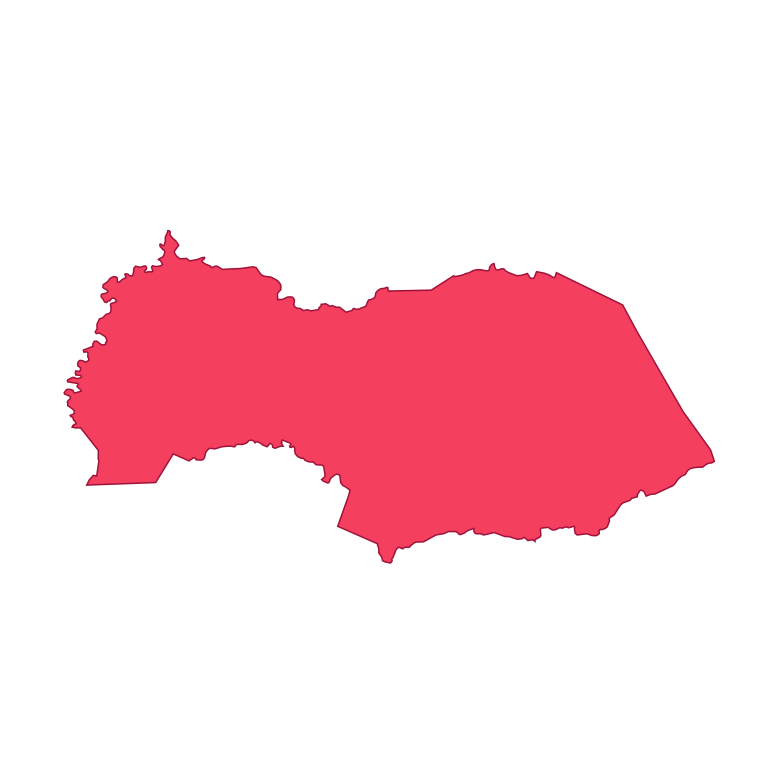 Candelaria Loxicha, Oaxaca, Mexico (Robinson projection), rotated 263°
{"feature_id": "50627088B4271549449183", "entity_name": "Candelaria Loxicha", "entity_type": "district", "adm_level": 2, "iso_a3": "MEX", "parent_name": "Mexico", "parent_adm1": "Oaxaca", "projection": "robinson", "projection_center": [-96.515, 15.9], "detail": "fine", "context": "isolated", "style": "filled", "palette": "rose", "viewbox_px": 768, "rotation_deg": 263, "n_neighbors": 0, "source": "geoboundaries", "source_scale": "gbopen_adm2", "svg_char_len": 6094}
<svg xmlns="http://www.w3.org/2000/svg" viewBox="0 0 768 768"><g transform="rotate(263 384 384)"><path d="M267.0,702.5L278.8,700.1L320.3,677.4L404.0,642.0L433.4,630.5L473.5,568.7L469.1,566.6L468.9,566.0L469.3,564.7L472.3,560.9L474.5,556.5L476.9,549.1L471.2,546.0L470.8,545.6L470.7,543.8L471.8,541.8L476.2,539.8L475.1,533.8L475.3,529.0L479.2,521.6L481.5,518.4L483.7,517.0L484.0,514.2L483.3,512.0L483.6,509.3L486.6,508.1L490.0,507.9L489.9,506.2L488.9,504.7L487.0,503.1L484.1,502.2L483.7,501.4L484.1,498.3L485.7,494.0L486.1,490.3L485.8,486.7L483.9,481.5L483.7,478.9L482.6,475.4L482.0,468.8L482.3,465.6L482.7,465.8L471.4,442.3L475.6,401.3L475.1,400.7L476.5,399.5L479.3,399.5L479.6,398.7L478.9,396.0L479.0,392.5L477.8,389.7L475.7,387.2L470.9,385.4L469.2,381.0L469.4,379.3L467.9,377.9L464.0,375.8L463.2,374.8L462.0,369.7L461.1,368.8L461.6,367.7L461.5,365.4L462.7,363.4L462.5,362.6L460.9,361.1L459.9,355.1L465.7,349.2L466.0,346.0L468.2,342.2L467.6,340.4L467.8,339.8L470.7,336.1L470.7,331.3L469.3,331.2L467.7,328.9L465.8,328.0L465.5,320.1L467.0,317.3L466.8,313.0L469.3,309.8L469.9,306.8L471.3,305.0L474.0,304.0L476.6,305.1L478.6,305.3L481.1,304.0L481.7,302.6L482.1,299.0L480.3,293.5L480.8,289.2L480.0,288.7L486.1,289.2L487.5,289.9L490.3,293.1L494.6,293.7L497.3,292.5L499.6,290.9L503.8,285.0L505.6,278.2L507.3,275.5L515.2,271.2L516.3,268.2L516.1,255.8L517.5,237.5L521.0,233.2L521.6,231.7L520.6,227.1L521.3,226.3L522.2,226.1L524.9,221.2L527.3,218.4L528.2,218.1L530.2,221.0L531.1,221.4L531.6,221.1L531.6,218.8L530.3,214.0L529.9,206.5L530.5,205.3L532.7,203.4L533.1,196.8L536.3,193.6L539.6,192.0L541.3,192.2L542.2,192.9L546.7,197.2L551.6,194.7L553.9,192.4L558.2,189.7L561.0,190.4L562.4,189.3L562.5,188.0L561.6,188.0L556.6,184.9L552.4,184.3L548.3,182.6L548.2,181.5L550.2,179.5L549.9,178.5L547.6,178.6L544.2,181.1L544.1,181.9L541.5,182.7L537.2,180.2L535.6,175.8L534.9,175.2L533.8,177.1L529.6,178.9L528.5,176.4L528.3,173.5L528.7,170.7L529.6,168.7L528.4,167.5L524.3,168.3L523.6,167.4L524.1,164.1L523.8,160.9L524.4,160.2L525.5,160.1L526.6,161.9L528.0,162.6L530.1,161.9L530.4,160.4L529.5,156.3L531.2,151.8L529.5,150.0L527.3,149.2L526.0,149.3L522.4,147.7L521.9,147.0L522.7,144.5L524.3,143.2L524.9,140.7L524.1,140.1L521.8,141.1L520.9,140.3L519.7,137.0L517.5,133.8L517.2,132.5L518.8,131.8L521.7,132.2L523.0,131.0L523.5,128.7L522.8,126.1L521.5,124.2L519.2,122.1L516.8,117.4L514.4,116.8L513.4,117.3L510.4,121.1L509.3,121.2L508.1,119.5L507.6,114.8L506.6,114.1L505.1,113.9L501.2,116.1L500.1,116.3L499.2,117.0L498.7,118.7L500.1,120.4L500.0,121.9L501.9,123.9L502.4,125.4L501.7,127.2L498.6,128.7L498.2,128.4L497.1,122.8L495.8,122.1L492.3,122.4L488.9,121.5L487.4,119.5L487.1,116.8L483.9,112.7L483.3,109.5L478.3,106.4L473.5,105.9L471.2,103.9L470.1,103.8L469.0,104.9L469.4,107.1L469.0,108.1L466.1,111.8L464.5,113.4L460.8,114.4L458.7,112.6L457.5,112.7L457.2,112.2L457.0,109.5L457.8,107.8L461.6,104.1L461.7,101.7L459.3,99.9L456.8,99.7L454.3,89.7L452.2,90.0L452.1,93.1L451.1,94.0L447.1,93.3L445.3,94.0L443.4,93.8L442.0,90.6L443.8,87.8L444.5,85.2L444.0,84.0L442.8,82.9L440.3,82.3L439.2,82.4L437.2,84.7L434.4,84.4L433.7,82.6L434.6,79.8L432.6,78.9L430.5,79.2L429.5,83.8L428.2,84.7L427.1,83.3L426.8,80.5L427.2,78.6L428.2,77.3L428.5,75.8L426.8,70.8L425.7,70.1L424.7,70.3L421.7,80.5L421.0,80.7L419.5,79.1L418.6,79.1L415.1,82.4L413.8,82.6L412.7,76.0L413.6,75.1L415.6,74.6L417.0,71.6L417.3,69.1L417.0,68.1L414.4,65.5L413.0,65.7L410.6,70.0L409.0,71.3L407.9,71.0L405.6,68.0L404.6,67.4L403.0,67.8L401.1,67.4L397.0,72.0L395.2,73.2L392.9,73.1L391.7,71.4L391.2,68.7L389.8,69.2L389.1,71.0L385.9,71.5L384.6,72.9L382.0,73.6L381.5,71.3L380.7,71.0L380.7,70.1L379.1,69.2L377.9,72.9L378.0,73.9L377.3,77.6L352.9,92.4L344.4,91.2L342.6,91.7L327.7,87.6L328.7,84.4L325.1,80.1L319.9,76.6L314.0,145.4L340.3,166.3L331.4,181.2L332.5,182.6L332.6,183.8L333.9,185.1L333.4,187.8L331.7,188.2L330.8,192.7L330.9,195.1L332.5,196.7L338.2,198.9L341.2,202.3L341.3,203.9L340.2,208.4L341.4,214.9L341.4,219.2L341.0,224.8L339.9,227.4L340.0,228.4L341.7,229.8L342.0,231.0L341.2,236.1L342.1,240.3L344.2,242.9L344.5,245.5L343.8,247.1L342.6,248.3L341.3,248.8L342.2,250.3L341.9,251.9L339.7,254.9L338.2,256.2L335.9,260.4L338.9,263.6L338.2,265.1L336.9,265.8L334.7,265.9L333.5,268.2L334.8,273.3L334.6,276.3L338.2,274.8L338.3,275.4L340.6,275.7L340.7,276.4L336.8,283.5L336.0,284.1L334.6,283.8L333.8,282.7L332.7,283.0L332.3,284.4L333.3,286.5L331.0,287.6L328.9,287.2L325.4,287.5L322.5,289.5L320.4,292.8L320.0,295.0L317.8,296.4L315.9,299.9L315.1,304.4L312.5,306.3L311.8,307.9L311.2,312.3L309.6,314.1L300.5,314.4L298.5,313.2L296.7,310.4L295.1,311.8L292.6,316.0L292.8,317.2L296.8,319.5L299.7,323.9L300.4,326.5L298.6,329.0L291.2,329.0L288.2,330.8L286.1,333.9L282.6,337.3L277.6,335.3L248.4,320.7L226.1,358.3L224.8,357.9L223.1,358.5L219.5,358.7L217.0,358.2L212.6,360.6L208.8,361.0L207.4,363.2L205.5,368.7L207.4,370.5L209.4,370.4L211.1,372.0L218.5,376.0L220.0,378.4L220.0,379.5L218.4,381.7L218.2,382.9L219.1,383.8L219.4,385.4L218.9,387.9L219.1,389.6L220.4,390.9L222.9,395.2L223.2,396.8L222.5,403.9L227.8,417.2L228.2,425.3L229.7,429.9L228.8,437.0L227.6,439.0L225.8,440.0L225.2,441.3L226.4,446.1L227.5,447.5L228.7,450.7L229.7,455.7L226.7,455.3L224.8,456.1L224.0,457.7L223.6,461.6L222.0,464.6L223.1,475.3L217.8,485.6L217.4,489.1L213.7,497.3L213.5,501.5L214.7,504.6L211.0,507.8L211.4,512.4L209.3,514.7L211.1,514.9L213.0,520.0L213.7,520.7L214.6,521.2L220.8,521.5L221.8,522.6L221.7,529.4L218.7,533.1L218.4,534.5L218.5,536.7L219.9,540.7L219.2,543.9L220.1,546.9L218.8,549.8L219.6,555.1L219.1,555.8L216.5,555.3L212.5,555.6L210.6,557.3L210.6,567.0L208.2,572.1L207.6,576.0L208.5,578.5L209.5,579.5L212.2,579.5L213.3,580.6L212.9,582.2L213.6,585.8L214.9,588.1L220.4,591.1L223.3,591.1L226.0,596.5L235.2,604.1L237.0,607.1L238.4,613.7L240.4,616.2L241.2,621.7L243.6,622.2L247.0,625.1L247.5,626.0L246.3,628.1L245.0,629.2L240.8,630.5L242.0,635.5L241.8,639.6L247.8,658.1L249.1,660.2L253.7,664.3L256.2,668.0L257.5,672.0L260.8,674.6L262.0,676.2L262.8,678.2L263.2,681.4L263.0,687.8L262.6,689.0L262.8,690.5L264.9,693.8L265.9,697.4L265.7,699.6L267.0,702.5Z" fill="#f43f5e" stroke="#9f1239" stroke-width="1.5"/></g></svg>